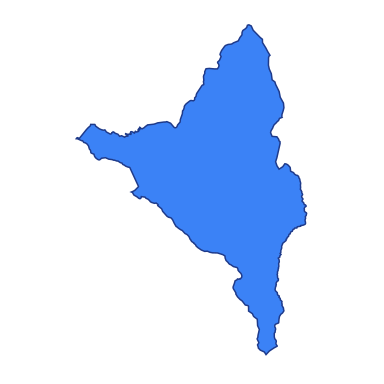 Brosteni, Vrancea, Romania, rotated 178°
{"feature_id": "2599482B78982414429299", "entity_name": "Brosteni", "entity_type": "district", "adm_level": 2, "iso_a3": "ROU", "parent_name": "Romania", "parent_adm1": "Vrancea", "projection": "natural_earth1", "projection_center": [27.004, 45.77], "detail": "fine", "context": "isolated", "style": "filled", "palette": "blue", "viewbox_px": 384, "rotation_deg": 178, "n_neighbors": 0, "source": "geoboundaries", "source_scale": "gbopen_adm2", "svg_char_len": 6002}
<svg xmlns="http://www.w3.org/2000/svg" viewBox="0 0 384 384"><g transform="rotate(178 192 192)"><path d="M305.8,249.3L304.4,249.1L300.5,247.1L299.6,247.1L298.4,245.3L296.8,244.8L295.3,243.7L293.9,241.8L293.0,238.4L292.3,237.7L291.9,236.8L291.7,234.9L291.4,234.5L288.6,233.1L288.3,231.6L287.8,230.5L286.9,229.3L285.2,227.9L283.8,227.3L283.3,227.4L282.8,227.6L281.2,228.9L277.3,229.3L274.0,227.7L270.3,227.1L269.6,226.6L268.3,226.5L266.1,225.6L264.9,225.5L262.7,223.9L260.8,223.2L260.4,222.2L259.8,221.7L258.6,221.2L257.5,220.2L255.0,219.1L253.9,218.9L253.3,218.6L245.3,199.5L245.5,199.0L248.9,195.8L250.7,194.8L252.6,194.1L251.5,193.6L250.2,191.0L247.3,189.2L245.3,187.5L244.2,187.1L243.0,188.0L242.8,189.2L239.1,188.5L238.2,187.3L236.4,186.5L234.9,185.1L234.0,183.8L233.0,183.1L230.0,182.0L228.2,182.2L226.5,180.8L226.3,180.4L226.7,179.6L223.1,176.4L222.8,176.0L222.0,173.7L217.8,168.6L216.3,167.6L214.1,167.0L213.2,166.1L212.2,164.6L210.8,161.3L209.1,158.1L208.6,157.9L206.7,156.2L204.5,154.6L203.1,153.9L200.5,150.8L198.5,149.7L197.8,149.0L196.6,147.6L195.5,144.8L194.8,143.9L194.6,143.8L194.6,143.4L194.0,142.5L191.9,141.0L192.0,140.7L190.3,139.2L189.8,137.9L188.2,136.3L184.7,133.7L181.4,132.2L178.7,132.3L176.1,131.1L173.6,130.5L168.7,130.2L163.3,128.3L161.3,126.9L161.2,124.9L160.4,122.4L158.2,120.1L157.9,119.4L157.0,118.5L155.8,118.0L153.2,116.0L149.8,115.0L149.2,114.5L148.8,113.3L148.7,112.2L148.1,111.3L146.0,109.0L145.7,108.5L145.1,106.7L145.2,105.3L146.6,103.5L147.8,103.3L147.9,103.5L148.3,103.2L149.6,103.5L150.1,102.7L152.0,101.8L152.9,99.0L154.1,96.1L154.3,95.2L154.1,94.0L152.3,90.8L151.6,89.4L151.8,88.6L150.2,85.7L147.7,82.9L145.7,81.4L142.7,77.2L140.0,76.5L139.5,75.8L139.6,71.0L135.9,68.3L134.9,65.8L134.3,65.1L131.2,62.6L131.1,56.1L129.5,52.3L131.0,46.6L131.3,44.4L132.0,43.2L132.0,42.7L130.5,39.3L130.8,38.3L131.8,37.2L131.8,36.5L131.2,34.8L131.2,33.8L129.3,31.6L125.3,29.6L123.7,26.9L120.2,30.4L115.5,33.3L112.3,34.9L112.3,35.4L113.0,36.4L113.4,37.4L113.4,38.1L113.0,39.5L113.0,40.2L113.6,41.5L114.4,42.4L114.8,44.3L114.7,47.9L113.7,49.2L113.8,50.0L113.2,52.0L113.4,53.3L113.9,54.1L114.0,55.4L113.7,56.3L113.0,57.0L110.1,58.1L109.9,58.5L109.5,61.9L108.9,64.6L107.5,66.7L105.8,67.9L104.4,69.8L104.3,70.6L104.7,71.7L104.6,72.7L106.1,75.7L105.8,76.8L106.2,77.9L105.9,79.5L107.4,81.0L107.4,81.7L107.7,82.8L108.7,83.7L108.4,84.8L108.5,85.1L109.7,85.9L110.1,86.4L110.3,88.5L112.0,90.3L112.4,91.6L111.8,94.3L111.2,95.3L111.4,96.0L111.0,96.5L111.2,97.7L111.0,98.3L109.9,99.9L109.1,100.2L108.8,100.7L108.7,102.2L109.2,102.5L109.5,103.8L109.5,105.7L109.8,106.5L109.4,107.4L109.4,109.3L108.7,110.5L108.6,111.9L108.2,112.7L108.3,113.5L107.9,114.1L107.8,115.2L107.9,117.6L107.2,119.1L107.3,121.1L108.1,122.9L106.5,123.9L106.4,124.1L106.6,124.8L106.4,125.2L105.2,126.5L106.1,127.5L105.3,128.6L105.3,130.3L104.3,132.9L104.3,134.8L103.3,136.8L103.3,137.4L99.7,140.2L99.6,141.5L99.0,141.8L98.8,142.4L98.2,143.5L97.1,144.2L96.6,146.0L96.2,146.5L95.4,146.7L94.8,148.4L94.3,148.9L93.2,149.2L92.3,151.1L91.1,151.5L90.5,152.4L88.5,152.4L88.3,152.6L88.2,153.3L87.9,153.6L84.6,154.0L84.5,154.7L82.3,154.9L80.4,155.6L79.9,156.0L79.6,156.8L79.7,158.3L79.9,158.7L80.0,160.2L79.4,161.7L79.6,163.4L78.7,164.6L78.2,166.7L78.4,167.2L79.3,167.8L80.2,168.7L80.4,169.6L80.3,170.8L80.5,171.4L79.9,172.8L78.6,173.6L78.4,174.0L79.0,175.1L80.2,175.5L80.9,177.6L81.9,178.4L82.3,179.0L82.1,180.0L81.5,180.6L81.4,181.4L82.4,182.7L82.6,184.0L81.6,185.4L81.6,185.9L82.3,187.3L82.3,188.6L82.8,189.4L82.8,189.7L83.6,190.9L83.3,192.7L83.4,195.4L83.1,196.3L83.2,197.8L83.6,199.0L83.9,201.2L84.5,202.1L85.0,203.9L86.0,204.9L87.3,205.2L88.3,205.8L89.2,206.7L89.8,207.8L92.7,209.3L93.0,212.9L93.5,213.8L95.4,215.9L96.9,216.7L98.2,217.0L100.4,214.1L104.2,211.8L106.2,215.3L107.4,219.3L106.0,223.2L103.5,232.7L102.3,237.3L102.3,239.3L103.3,240.2L103.5,241.6L105.2,244.2L110.0,244.8L111.4,248.5L110.9,250.4L109.2,253.0L108.6,254.5L107.6,256.3L105.3,258.3L104.1,259.7L103.1,260.2L102.0,262.5L99.4,263.4L99.6,263.7L99.4,266.3L98.0,270.2L97.2,273.0L97.5,277.7L100.5,283.6L101.4,289.3L104.7,296.7L105.3,299.1L108.0,301.3L108.6,307.5L110.5,312.2L111.2,316.1L110.8,323.7L110.2,325.2L109.3,325.9L111.3,329.4L113.2,333.4L116.3,338.8L116.3,342.2L118.4,344.0L125.2,351.5L127.0,355.9L129.3,357.1L130.8,356.7L131.6,354.5L133.2,353.1L135.2,351.9L135.7,351.4L136.4,349.7L136.6,347.3L138.7,344.7L140.5,341.4L145.4,339.6L146.6,338.8L147.6,338.4L150.8,338.2L153.3,337.3L154.2,336.6L157.4,332.5L158.8,329.8L159.2,328.4L158.2,326.3L160.0,322.6L161.8,321.0L161.9,320.3L161.0,318.9L160.6,317.5L161.0,316.0L162.3,314.2L164.9,314.2L170.4,314.9L173.6,314.7L173.9,314.4L175.1,311.7L175.1,310.0L176.2,308.1L176.5,306.9L176.3,303.2L176.7,302.1L176.5,299.7L176.6,298.9L178.0,298.4L178.4,298.0L183.8,290.4L184.2,289.5L184.7,287.3L186.1,285.9L186.0,284.6L186.6,283.6L187.5,283.1L189.9,283.5L191.0,283.1L194.9,280.2L196.1,278.8L196.7,277.9L196.8,276.8L197.4,275.0L197.9,274.1L198.6,273.4L198.9,270.5L201.1,264.9L201.4,262.4L204.1,259.4L204.7,257.8L205.5,257.1L206.0,256.8L206.8,256.8L207.7,257.3L211.0,261.5L214.7,263.2L215.9,262.9L217.6,262.9L223.9,262.3L226.6,261.4L228.0,261.1L234.1,260.6L234.1,260.4L236.2,259.2L237.5,258.0L239.6,256.9L240.8,257.3L241.3,258.1L242.0,258.5L242.5,257.4L241.9,257.0L242.0,256.3L242.3,255.9L243.2,256.8L243.7,256.1L243.8,255.8L243.4,254.4L245.4,253.9L246.5,254.6L247.2,253.6L247.2,253.2L247.6,252.9L249.0,253.9L250.2,254.4L251.1,254.3L251.6,253.0L250.8,252.3L251.1,251.7L251.3,251.7L252.9,252.1L253.8,251.7L256.3,252.6L256.4,252.2L254.4,250.9L254.1,250.6L254.2,250.1L256.7,249.9L257.3,249.1L260.4,250.7L262.4,250.2L264.0,252.3L266.2,253.2L266.6,253.2L267.6,254.3L268.8,254.9L269.2,254.2L270.1,254.1L270.5,253.1L271.5,252.8L271.9,252.9L275.5,255.0L276.7,257.0L277.2,257.1L277.5,256.9L278.6,256.9L280.5,257.5L282.4,258.4L286.0,261.2L286.3,262.2L286.8,262.9L290.9,263.1L291.1,262.2L291.4,261.6L293.5,259.9L295.4,258.0L302.8,249.4L304.4,250.3L305.3,250.0L305.8,249.3Z" fill="#3b82f6" stroke="#1e3a8a" stroke-width="1.5"/></g></svg>